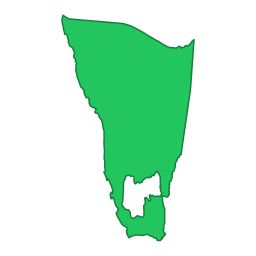 Mondol Seima, Kaôh Kong, Cambodia
{"feature_id": "14789045B23229264663112", "entity_name": "Mondol Seima", "entity_type": "district", "adm_level": 2, "iso_a3": "KHM", "parent_name": "Cambodia", "parent_adm1": "Kaôh Kong", "projection": "equal_earth", "projection_center": [102.98, 11.754], "detail": "fine", "context": "isolated", "style": "filled", "palette": "green", "viewbox_px": 256, "rotation_deg": 0, "n_neighbors": 0, "source": "geoboundaries", "source_scale": "gbopen_adm2", "svg_char_len": 5824}
<svg xmlns="http://www.w3.org/2000/svg" viewBox="0 0 256 256"><path d="M163.0,203.6L162.5,200.7L162.5,198.9L162.0,196.9L161.9,196.2L162.6,196.1L165.8,196.7L166.4,196.6L167.1,197.1L167.5,196.9L168.3,196.1L169.2,194.5L169.3,192.9L168.9,192.3L169.3,191.2L168.9,189.2L169.0,188.7L169.5,188.0L169.6,187.5L169.2,186.4L169.2,185.6L169.3,185.0L169.7,184.4L169.8,184.1L169.5,183.3L169.4,182.4L169.7,181.9L170.8,181.1L171.2,180.3L171.5,178.9L172.2,177.3L172.2,174.6L172.4,172.3L172.6,172.0L173.5,171.5L173.7,171.3L174.4,169.4L174.6,168.9L174.6,168.5L175.0,167.9L175.1,166.8L175.4,165.2L175.3,164.4L175.3,163.0L175.8,162.6L176.3,161.4L176.9,160.5L177.3,159.6L177.2,158.8L177.4,158.5L178.0,158.0L178.2,157.3L179.2,157.2L179.3,157.0L179.3,156.3L179.7,155.7L179.9,155.2L180.3,154.8L180.7,154.6L181.0,154.7L190.4,90.1L194.0,39.9L192.6,40.6L189.7,44.5L187.7,45.8L187.1,45.7L186.3,46.2L185.4,45.7L183.9,47.4L182.7,47.5L181.9,48.3L181.0,47.2L180.4,46.7L179.8,46.5L179.2,46.4L178.4,46.8L176.7,47.8L175.3,48.1L173.2,47.7L169.7,47.5L168.4,47.2L165.9,46.0L161.9,43.7L158.6,41.4L156.3,40.4L147.0,34.9L143.6,32.7L137.7,29.4L130.8,25.9L123.4,23.6L68.8,18.9L63.1,15.4L62.0,18.8L62.2,22.3L62.6,24.4L63.3,26.8L63.4,27.3L63.3,28.4L63.8,30.1L64.5,32.7L64.6,33.4L64.6,34.1L64.8,34.3L66.3,34.0L66.6,34.2L66.9,34.8L67.6,36.9L68.0,39.2L68.5,40.3L68.6,40.8L68.3,41.6L68.3,42.3L69.1,44.1L69.7,45.9L70.0,46.2L71.5,47.0L72.5,47.7L72.9,48.4L73.3,49.9L74.1,51.5L74.5,52.6L74.6,53.3L73.7,55.6L73.7,56.9L74.5,58.3L75.5,59.3L75.7,59.7L75.8,60.0L75.4,60.8L75.3,61.2L76.5,63.2L76.5,63.6L76.1,64.6L76.0,65.4L76.1,67.6L76.1,68.0L75.8,68.8L75.7,69.8L76.2,71.8L76.9,75.2L77.5,77.8L78.2,79.2L78.6,80.4L78.9,81.4L79.3,82.4L80.1,85.1L81.0,87.1L82.0,88.0L83.7,89.9L84.1,91.2L84.1,92.5L84.3,93.5L84.7,94.2L84.7,94.8L85.8,96.7L86.1,97.5L86.3,97.8L86.5,97.8L88.0,97.5L88.3,97.6L89.0,98.5L89.2,99.3L89.1,99.6L88.8,100.3L89.5,101.7L89.5,102.2L89.1,103.0L89.3,103.7L90.3,105.9L90.9,106.4L92.0,106.8L92.6,107.3L93.3,107.3L93.7,107.4L94.3,108.0L95.0,108.5L96.1,108.6L96.3,108.8L95.9,109.6L95.1,111.3L94.9,112.2L95.0,112.7L95.6,113.0L97.5,113.4L98.4,114.1L98.6,114.4L98.9,116.1L99.9,118.0L101.4,120.1L102.1,121.7L102.5,123.7L102.8,126.1L103.2,127.5L103.4,129.4L104.1,130.8L104.2,131.4L104.0,133.5L104.2,138.3L104.0,141.3L104.0,143.8L104.2,146.6L104.2,148.0L104.4,149.0L104.5,151.9L104.3,154.2L104.2,158.9L104.8,160.7L104.8,161.4L104.6,162.5L104.8,162.8L105.0,164.2L104.7,165.6L104.7,167.3L105.4,170.4L105.3,171.0L105.1,171.4L103.9,172.2L104.9,174.3L106.4,177.9L106.8,180.3L107.2,180.3L107.5,180.1L107.6,179.3L107.7,179.0L108.7,179.9L109.7,181.8L109.7,182.1L110.1,183.0L110.2,183.4L111.3,185.6L111.6,186.6L112.1,187.7L112.4,189.6L112.6,190.1L112.8,190.9L112.8,191.8L112.5,193.2L111.9,192.8L111.5,192.3L111.4,192.3L111.2,192.4L110.8,193.0L110.5,193.6L110.3,194.5L110.3,195.4L110.6,197.0L110.8,197.5L110.9,198.2L111.3,198.7L111.8,198.7L112.1,197.6L112.3,197.5L113.0,197.7L113.4,198.2L114.1,199.7L114.9,202.8L115.8,205.4L116.8,206.9L117.5,207.4L118.3,210.0L116.5,212.5L116.3,213.3L116.7,214.5L117.1,215.7L118.8,218.9L119.6,220.1L119.9,220.9L120.6,221.9L122.2,224.7L122.9,225.2L124.4,226.0L125.6,226.9L126.2,226.9L127.5,228.4L127.2,229.3L126.5,230.9L126.5,231.5L126.7,232.8L127.5,235.1L128.0,236.0L128.4,237.0L128.6,237.2L128.6,236.8L129.2,237.5L129.5,237.6L130.0,237.0L130.7,236.8L132.7,235.9L135.5,235.1L136.0,235.2L138.2,234.8L139.6,235.2L143.3,235.4L143.8,235.0L145.2,234.7L147.8,234.5L148.0,234.7L148.6,234.8L149.9,235.8L152.5,236.5L153.2,237.0L153.5,237.4L154.2,237.8L156.2,238.3L156.7,238.7L157.1,240.3L158.8,240.6L159.5,240.4L159.8,240.5L160.4,240.5L161.2,239.5L161.5,238.4L161.5,238.2L161.7,237.9L161.9,238.8L162.2,238.7L162.1,238.1L161.9,238.0L162.0,237.8L162.3,238.1L163.9,236.1L165.0,235.1L165.3,234.4L165.5,233.8L164.1,232.5L163.8,232.1L163.6,231.2L163.4,230.9L163.3,230.5L163.9,228.6L163.7,228.4L163.7,227.8L163.7,225.8L164.7,223.2L164.7,214.9L164.6,212.6L164.8,209.9L163.0,203.6ZM157.6,171.9L159.8,175.7L160.2,176.6L160.2,177.6L160.4,186.0L160.0,186.5L160.0,187.0L160.3,187.2L160.4,187.7L160.5,187.9L160.6,188.1L160.3,188.1L160.3,188.4L160.5,188.7L160.6,191.0L161.3,192.1L161.5,193.0L161.8,193.3L161.9,193.6L160.8,195.2L160.6,195.9L160.5,196.0L160.0,196.1L154.1,196.5L153.5,196.2L153.3,196.0L153.1,195.6L152.9,195.5L152.5,195.4L151.9,195.9L151.4,196.0L151.1,195.8L150.7,195.8L150.5,195.6L150.7,195.3L150.6,195.1L150.4,195.2L149.8,195.0L149.6,195.1L149.6,195.3L150.0,195.5L149.9,196.1L149.6,196.4L149.7,198.3L149.9,198.6L150.5,199.0L150.6,199.5L150.4,200.5L149.9,201.0L149.6,201.1L149.3,201.0L148.9,200.7L147.9,199.4L146.9,198.0L146.5,197.7L145.9,197.5L145.2,197.8L144.7,198.5L145.2,201.1L145.3,203.4L145.0,204.0L143.9,205.5L143.8,206.2L143.7,207.0L144.0,211.0L144.0,213.2L144.0,214.7L143.8,215.8L143.5,216.4L142.9,217.1L141.7,217.2L137.7,215.8L137.1,215.8L134.4,218.1L134.0,218.3L132.9,218.3L132.1,218.0L130.9,217.0L130.7,216.2L130.4,214.9L130.2,212.5L129.9,211.9L129.4,211.2L128.7,209.9L127.5,209.8L125.3,209.4L125.3,209.1L122.9,206.5L122.4,205.5L121.9,204.9L121.7,204.1L121.8,203.6L122.0,203.3L122.2,202.4L122.7,201.0L122.8,200.1L123.4,189.4L123.5,182.2L123.6,181.8L124.1,181.1L124.6,180.1L125.1,178.7L125.5,176.8L125.9,176.2L126.8,175.7L129.0,175.3L129.5,175.4L130.8,176.3L131.5,176.1L132.9,176.2L133.4,176.5L133.9,177.0L134.2,178.4L134.0,180.3L134.0,181.3L134.2,182.1L134.6,183.1L135.3,183.8L135.9,183.6L136.8,182.3L137.2,182.0L137.7,181.9L138.0,182.3L139.0,183.0L140.1,182.9L141.9,182.2L142.3,181.8L143.1,179.9L143.6,179.5L144.6,179.0L145.4,177.9L146.2,177.7L146.6,177.8L147.8,177.4L149.3,177.7L149.6,177.6L150.1,177.2L151.1,177.1L151.4,176.3L151.9,175.7L152.4,175.6L152.7,175.2L153.1,175.3L153.6,175.6L153.8,175.6L154.3,175.0L154.4,174.1L155.3,173.4L155.9,172.4L156.0,172.0L156.7,171.2L156.9,171.3L157.6,171.9Z" fill="#22c55e" stroke="#15803d" stroke-width="1.5"/></svg>